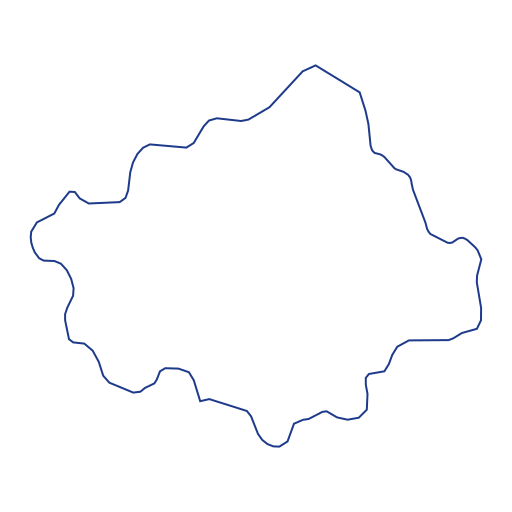 the border of Treviso
{"feature_id": "ITA-5466", "entity_name": "Treviso", "entity_type": "Province", "adm_level": 1, "iso_a3": "ITA", "parent_name": "Italy", "parent_adm1": "", "projection": "orthographic", "projection_center": [12.224, 45.808], "detail": "fine", "context": "isolated", "style": "outline", "palette": "blue", "viewbox_px": 512, "rotation_deg": 0, "n_neighbors": 0, "source": "natural_earth", "source_scale": "10m", "svg_char_len": 1630}
<svg xmlns="http://www.w3.org/2000/svg" viewBox="0 0 512 512"><path d="M315.6,65.4L359.7,92.4L359.9,93.1L365.5,110.7L368.4,124.0L370.6,145.8L372.1,150.3L374.5,152.9L379.6,154.2L381.6,155.0L384.3,156.9L394.5,168.3L396.3,169.4L403.5,171.8L408.1,174.8L410.1,177.5L411.1,180.2L411.7,184.0L413.0,189.8L425.5,222.8L427.0,228.6L428.6,231.8L430.4,234.0L447.5,242.7L449.9,243.0L452.3,242.5L457.9,238.7L460.1,238.0L462.5,237.8L464.7,238.5L467.4,240.1L475.4,247.5L477.7,250.5L481.3,259.3L477.1,275.5L476.8,282.3L481.1,307.9L481.0,320.3L476.9,328.8L461.9,333.0L453.3,338.3L448.6,340.1L408.9,340.4L397.3,346.7L392.3,354.8L388.9,364.0L384.4,371.3L368.9,374.0L365.8,377.9L365.8,384.7L367.5,393.9L366.8,409.7L358.8,417.7L347.6,419.7L337.1,417.4L326.6,411.3L322.3,411.9L308.6,419.0L303.0,419.8L294.0,423.7L287.5,441.5L279.4,446.6L273.4,446.4L267.5,444.1L262.2,439.9L258.0,433.9L251.1,416.4L246.9,411.0L209.3,399.1L200.2,401.2L193.8,380.3L188.9,372.2L178.4,368.6L165.3,368.2L160.0,371.3L156.8,379.5L154.4,383.4L145.0,387.9L140.4,391.7L133.3,392.6L109.4,382.7L103.2,375.7L98.8,361.9L92.7,350.7L84.3,343.6L73.2,342.4L69.0,339.2L65.1,320.2L65.1,314.2L67.3,307.6L73.1,295.7L73.6,288.2L71.2,279.0L66.8,270.2L60.9,263.7L54.4,261.0L43.7,260.6L39.2,258.3L34.8,252.4L32.8,247.8L31.3,242.7L30.7,237.2L31.2,231.7L36.9,222.4L54.3,213.5L59.0,204.8L69.5,191.7L74.8,192.0L79.7,198.4L88.8,203.5L119.7,202.1L125.5,197.9L128.1,190.6L130.3,172.1L133.0,162.5L137.4,154.0L143.1,147.7L149.9,144.4L186.4,147.6L193.7,143.0L203.7,126.3L209.0,120.5L216.9,118.3L241.1,121.0L248.4,119.6L269.5,107.2L302.7,71.3L315.6,65.4Z" fill="none" stroke="#1e3a8a" stroke-width="2"/></svg>